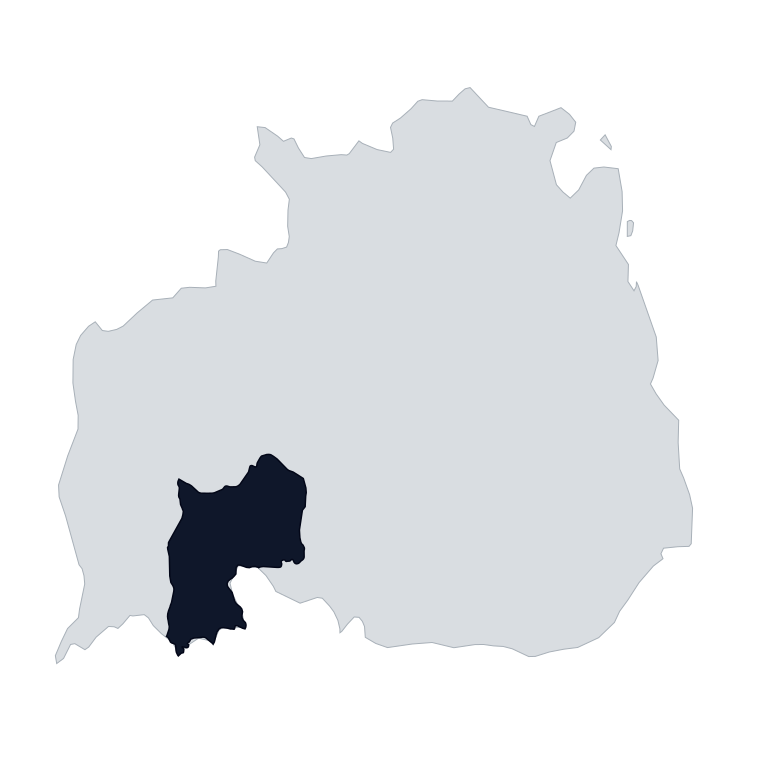 Cambodia, with Stœng Trêng highlighted, rotated 184°
{"feature_id": "KHM-1792", "entity_name": "Stœng Trêng", "entity_type": "Province", "adm_level": 1, "iso_a3": "KHM", "parent_name": "Cambodia", "parent_adm1": "", "projection": "natural_earth1", "projection_center": [106.102, 13.853], "detail": "fine", "context": "in_parent", "style": "filled", "palette": "ink", "viewbox_px": 768, "rotation_deg": 184, "n_neighbors": 0, "source": "natural_earth", "source_scale": "10m", "svg_char_len": 6131}
<svg xmlns="http://www.w3.org/2000/svg" viewBox="0 0 768 768"><g transform="rotate(184 384 384)"><path d="M691.0,82.3L692.9,90.1L687.9,104.7L682.6,118.0L672.5,129.6L672.0,138.2L668.6,163.6L669.9,171.8L672.3,178.7L675.6,182.4L684.4,207.4L692.4,230.1L700.2,248.7L701.6,260.5L694.5,290.3L686.1,317.7L686.9,331.4L690.5,345.1L694.4,363.3L695.8,386.7L693.8,401.9L690.0,411.3L682.7,421.0L676.4,425.9L668.7,417.7L662.7,417.3L654.5,419.8L648.2,423.6L635.1,437.8L620.7,451.6L600.7,455.2L592.9,465.4L584.6,466.9L568.8,467.4L558.5,469.8L559.0,474.9L558.1,499.3L558.3,505.0L556.7,506.5L549.6,507.2L537.4,503.5L521.0,497.5L509.4,496.5L503.4,507.1L499.8,511.3L495.4,511.9L490.7,513.8L489.2,518.5L488.8,524.5L491.1,534.6L491.9,550.7L491.3,561.7L495.6,568.6L520.6,592.0L528.0,597.8L528.9,601.3L524.5,614.0L528.4,631.8L520.5,631.5L507.4,623.8L501.2,619.1L493.6,622.9L490.9,622.2L485.8,613.4L479.1,604.4L472.2,603.8L457.6,607.4L442.7,609.8L437.0,609.8L434.7,611.4L426.0,624.8L422.3,622.5L407.3,617.4L393.6,615.5L390.8,618.9L392.4,629.8L395.4,640.4L393.6,644.9L386.1,650.5L376.1,660.6L370.0,668.4L365.8,670.3L350.6,670.0L335.5,671.0L329.4,678.4L323.7,684.1L318.8,685.7L299.1,667.4L259.9,661.1L255.6,653.0L251.9,651.4L248.2,661.9L226.7,672.0L217.7,665.9L211.0,658.5L212.1,649.5L218.3,642.2L229.0,636.9L234.0,618.4L225.9,594.8L218.8,587.9L211.2,582.4L203.3,591.2L196.6,606.3L189.6,614.0L179.8,615.8L165.4,615.1L159.9,592.6L158.1,573.4L160.1,551.4L162.3,538.3L148.5,520.3L147.8,503.2L141.1,494.4L139.2,498.8L139.3,503.7L137.4,500.2L115.7,449.9L112.2,426.6L116.0,408.7L118.2,402.6L111.9,393.2L103.1,382.5L87.5,368.4L86.5,346.1L83.1,319.9L78.5,311.1L71.4,294.9L67.5,281.5L66.4,246.1L68.4,243.3L79.4,242.2L93.7,239.7L95.9,234.0L93.5,229.2L102.6,221.2L115.7,203.7L125.8,185.3L133.1,173.7L137.5,162.2L152.2,145.9L172.4,134.7L186.1,132.0L200.4,128.2L214.1,122.8L220.6,122.2L237.6,128.8L246.8,130.5L256.4,130.4L266.4,131.1L275.1,130.4L295.9,125.8L318.0,129.5L337.7,126.6L362.1,121.3L374.1,124.6L385.0,130.0L386.5,140.7L389.0,145.7L392.6,149.5L397.5,149.5L403.7,141.9L408.9,134.2L410.6,132.8L410.9,136.6L413.5,145.0L418.1,153.2L422.8,158.7L430.6,166.0L435.7,166.4L452.4,159.5L477.4,169.5L480.3,174.5L488.4,184.7L497.2,192.1L516.7,192.5L523.7,174.5L520.3,163.6L509.2,144.5L506.2,133.2L509.7,131.2L528.5,129.1L531.6,126.9L535.7,114.5L540.9,115.9L551.3,117.5L562.3,109.0L568.9,100.1L572.4,104.2L576.3,110.4L580.6,114.0L588.6,119.4L597.3,126.9L602.7,134.3L607.1,137.2L618.3,135.1L621.3,135.4L627.8,126.5L632.4,121.6L636.2,123.0L641.9,122.9L653.5,111.4L660.2,101.0L663.8,98.1L674.3,103.4L678.5,102.3L684.5,87.9L691.0,82.3ZM152.6,563.0L150.4,564.3L148.4,564.3L146.3,562.2L146.6,554.1L148.1,549.2L151.6,548.2L152.6,563.0ZM185.2,642.5L180.8,648.0L173.8,636.8L173.9,633.6L185.2,642.5Z" fill="#d9dde1" stroke="#a8b0b8" stroke-width="1"/><path d="M570.2,98.4L570.9,99.2L572.4,101.9L572.9,103.7L573.5,108.1L574.0,109.4L575.0,110.2L577.8,110.9L579.0,111.7L581.4,115.8L583.4,117.1L583.1,117.6L582.9,118.3L581.4,124.2L581.3,125.8L581.3,127.2L582.2,130.3L582.7,132.7L583.3,134.7L583.7,137.0L583.7,139.6L583.1,142.8L581.9,146.7L581.6,148.4L580.9,150.6L580.7,151.5L579.3,162.2L579.2,164.0L579.4,165.7L580.2,167.5L581.0,168.8L582.0,170.1L582.8,171.3L584.3,177.6L586.1,197.0L588.2,204.1L588.5,205.9L587.7,207.2L587.9,210.6L587.6,211.5L576.2,235.9L575.5,239.7L575.3,243.0L575.7,244.0L576.2,244.8L576.6,245.9L578.5,249.5L579.5,254.9L580.8,257.0L581.1,258.5L581.1,260.0L580.9,265.2L581.0,266.6L581.5,267.7L582.3,268.8L582.5,269.2L582.6,269.6L582.7,270.2L582.8,270.9L582.7,272.5L581.9,274.8L574.2,271.0L572.5,270.6L571.1,270.1L568.9,268.9L561.4,262.9L559.0,262.3L552.1,262.7L547.7,263.1L545.7,263.6L538.8,267.1L537.9,267.6L537.3,268.2L536.1,270.0L535.3,270.9L534.5,271.2L533.6,271.3L530.4,270.6L524.9,271.1L523.9,271.4L522.8,272.0L522.1,272.5L520.7,273.8L513.2,286.4L512.9,287.2L512.1,291.8L511.9,292.4L511.7,292.9L511.4,293.1L511.0,293.3L510.6,293.4L510.1,293.4L509.8,293.4L509.5,293.3L507.5,292.5L507.3,292.4L507.0,292.3L506.5,292.3L505.7,292.6L505.3,293.2L505.2,293.7L505.1,295.6L504.8,296.8L502.6,301.4L501.8,302.7L501.2,303.5L500.8,303.7L496.0,305.5L494.3,305.7L492.9,305.7L491.9,305.5L489.2,304.1L485.4,301.7L474.6,292.1L473.0,291.1L468.4,289.8L457.9,284.1L454.7,274.9L454.0,270.2L454.3,266.8L454.1,256.1L456.6,252.4L458.2,232.5L457.2,224.8L455.9,220.4L455.4,219.5L455.0,218.8L454.7,218.5L454.3,218.3L453.8,217.9L453.3,217.2L452.4,215.7L452.0,214.9L451.9,214.1L451.9,213.6L452.1,212.0L451.6,205.9L451.7,205.0L451.9,204.5L452.1,204.0L452.6,203.3L453.4,202.5L454.1,202.0L454.4,201.7L456.0,199.8L456.7,199.2L457.1,199.0L457.5,198.8L457.9,198.7L458.8,198.5L459.3,198.6L459.8,198.7L460.2,198.9L460.6,199.2L460.9,199.5L461.2,199.8L462.2,201.7L462.5,202.1L462.7,202.4L463.1,202.6L463.5,202.6L463.9,202.5L464.3,202.2L465.2,201.1L465.7,200.8L466.2,200.7L467.7,200.5L468.5,200.3L469.0,200.2L469.4,200.3L469.8,200.5L470.3,201.1L470.6,201.4L471.0,201.6L471.4,201.6L471.8,201.6L473.0,201.1L473.8,200.5L474.1,200.0L474.2,199.4L473.9,198.5L473.7,198.1L473.5,197.5L473.5,196.8L473.7,195.3L474.0,194.7L474.4,194.2L474.8,194.1L475.7,193.8L477.7,193.6L491.8,193.5L494.2,193.0L495.4,192.5L496.1,192.0L496.6,192.3L499.6,193.1L502.6,192.7L505.5,191.4L508.4,191.5L514.6,193.3L517.0,193.2L518.7,190.7L518.5,184.1L520.0,182.0L521.7,180.0L523.9,178.3L525.7,176.5L526.6,173.9L526.0,171.3L524.4,169.2L522.5,167.3L520.9,165.3L517.8,156.9L516.0,154.5L511.8,151.5L510.2,149.7L509.2,146.9L509.6,143.4L509.2,140.7L507.9,138.4L505.6,136.3L505.0,134.8L504.8,133.2L505.0,131.5L505.6,130.0L508.0,130.5L513.3,132.6L515.3,132.5L515.7,131.8L516.0,129.6L516.3,129.0L516.9,128.9L518.2,129.0L520.1,128.9L523.0,129.5L527.2,129.8L529.5,129.5L531.4,128.2L533.2,125.2L534.0,122.2L535.2,114.9L536.3,112.5L537.0,113.3L544.3,118.5L545.5,118.8L547.1,118.9L548.7,118.4L549.5,118.3L556.0,117.3L559.0,115.9L560.2,113.1L560.7,113.0L561.6,112.2L562.1,111.2L560.7,110.3L560.6,109.4L560.8,108.4L561.1,107.8L562.2,107.1L563.5,107.2L565.0,107.7L566.9,107.8L566.9,106.9L566.0,106.6L565.5,105.9L565.2,104.9L565.2,103.5L565.4,102.1L566.0,101.7L566.7,101.7L567.6,101.2L570.2,98.4Z" fill="#0f172a" stroke="#020617" stroke-width="1.5"/></g></svg>